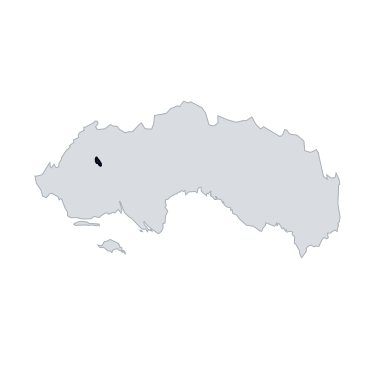 Skara, Västra Götaland, Sweden shown in context, rotated 68°
{"feature_id": "70781695B33450377436150", "entity_name": "Skara", "entity_type": "district", "adm_level": 2, "iso_a3": "SWE", "parent_name": "Sweden", "parent_adm1": "Västra Götaland", "projection": "natural_earth1", "projection_center": [13.513, 58.397], "detail": "fine", "context": "in_parent", "style": "filled", "palette": "ink", "viewbox_px": 384, "rotation_deg": 68, "n_neighbors": 0, "source": "geoboundaries", "source_scale": "gbopen_adm2", "svg_char_len": 4342}
<svg xmlns="http://www.w3.org/2000/svg" viewBox="0 0 384 384"><g transform="rotate(68 192 192)"><path d="M94.0,254.2L95.3,256.9L98.2,256.6L99.3,254.6L100.8,248.9L98.9,242.5L101.4,240.3L103.1,236.8L106.9,235.8L112.1,231.7L112.6,227.6L113.8,224.5L109.5,215.3L109.1,213.0L115.8,211.8L118.6,205.8L114.1,201.8L107.0,198.1L109.5,186.5L106.5,180.2L106.9,177.5L106.5,173.4L108.2,171.8L104.8,165.8L108.2,161.7L107.7,159.6L117.5,151.3L123.9,149.8L135.9,151.1L138.7,147.8L138.8,146.1L137.7,141.9L131.0,139.5L138.2,132.2L143.9,125.0L144.9,118.1L146.2,115.1L144.8,108.4L152.4,107.6L159.3,104.9L158.3,101.2L173.2,90.0L173.6,88.0L172.4,86.0L168.8,82.6L169.8,81.0L173.8,80.1L175.7,78.6L178.6,73.3L186.8,69.2L195.9,72.0L199.7,67.3L199.3,60.9L202.5,60.2L226.8,64.3L230.8,61.9L226.6,60.6L230.6,58.1L231.7,56.5L232.1,54.6L231.9,53.6L228.4,51.3L236.0,51.0L240.2,52.1L240.6,53.5L257.4,61.1L270.5,64.1L274.4,66.2L275.8,68.6L277.9,68.7L280.4,70.9L283.0,72.2L281.0,73.7L281.3,77.3L282.0,78.9L280.9,81.9L285.2,82.7L286.0,84.5L283.8,86.4L284.2,88.5L290.0,94.8L288.7,96.9L288.4,99.5L286.0,101.4L285.7,103.4L286.3,105.9L287.2,107.2L289.6,108.0L294.0,114.9L289.9,115.3L286.7,114.4L279.5,115.3L277.7,116.3L272.0,113.6L268.9,115.1L266.7,113.7L265.0,116.0L264.7,119.1L262.1,118.8L263.1,120.0L259.6,120.4L259.3,120.8L260.1,121.6L259.1,122.5L254.2,122.9L253.6,123.9L255.0,125.1L255.0,125.8L251.9,124.7L254.1,126.9L254.6,128.5L248.1,135.0L250.4,136.6L252.4,140.3L254.5,141.9L253.7,143.6L246.9,147.7L243.1,154.0L234.5,158.2L230.0,159.3L227.1,162.3L223.5,161.4L223.5,163.1L221.2,162.0L219.5,164.7L216.3,166.9L212.9,166.5L212.5,166.9L213.6,167.5L209.6,168.1L208.5,170.5L205.5,171.1L205.1,171.8L208.1,172.0L207.5,173.9L204.1,174.9L202.9,176.1L201.4,176.1L201.7,175.1L199.4,175.2L198.7,174.1L198.2,174.4L199.8,177.5L198.7,178.8L200.9,180.0L194.8,183.1L191.0,181.9L190.5,182.8L191.3,185.4L194.7,187.5L192.7,188.9L190.7,195.1L192.2,198.9L187.9,198.0L188.3,199.5L186.9,201.1L187.5,203.6L187.1,205.1L188.2,206.6L187.6,207.3L188.4,214.1L189.7,217.0L189.3,219.3L191.1,220.6L194.8,220.8L196.0,222.8L200.7,221.6L204.2,225.4L210.7,228.7L210.4,230.8L214.5,232.3L217.0,235.2L218.0,237.6L217.7,239.1L211.4,243.1L206.6,245.8L201.5,247.4L201.8,248.1L204.3,248.3L210.4,246.4L212.2,248.1L208.9,248.9L208.3,251.2L206.9,252.7L193.5,258.0L191.7,259.6L185.7,262.3L174.8,262.1L173.2,262.7L182.6,263.8L184.9,265.7L180.5,267.0L182.5,271.6L181.3,272.8L181.4,277.9L179.7,278.0L179.1,280.2L180.0,285.4L180.8,286.8L180.5,288.3L178.0,291.8L178.9,296.0L176.0,303.7L172.8,308.2L170.3,314.2L167.5,316.3L164.1,314.9L159.1,315.7L150.0,315.5L148.9,316.1L149.6,318.2L146.3,317.9L140.6,322.5L140.4,324.8L142.7,329.1L139.9,332.0L133.7,331.3L125.6,333.0L118.3,331.6L119.2,330.1L119.8,324.4L111.4,312.7L115.3,313.9L116.9,313.3L114.5,309.5L117.9,309.2L118.9,307.9L118.3,305.7L115.6,304.7L113.2,301.3L110.7,299.5L106.2,292.6L104.6,287.9L103.1,288.4L101.8,283.0L99.4,282.2L98.9,276.7L96.4,276.1L94.8,273.7L94.5,269.0L91.5,268.3L91.9,266.1L91.0,257.8L90.0,255.2L90.9,253.3L92.5,253.2L94.0,254.2ZM220.7,279.7L219.4,280.2L218.6,281.7L216.5,282.4L216.2,287.2L218.2,289.0L216.2,289.8L214.9,292.3L211.2,294.0L209.8,295.6L209.1,298.0L205.9,299.2L208.1,295.7L205.0,291.7L205.7,290.2L205.4,285.6L211.8,279.8L214.9,279.1L216.3,279.7L216.8,278.3L217.8,278.0L220.7,279.7ZM179.2,312.7L177.6,313.7L177.1,312.3L177.2,306.7L180.7,300.1L182.3,299.6L186.6,290.7L187.1,290.1L188.6,290.7L187.5,291.5L187.6,293.0L184.8,297.8L184.1,300.9L183.2,301.7L179.2,312.7ZM222.0,277.8L221.7,279.1L220.1,278.1L221.6,276.6L224.9,277.0L222.0,277.8ZM213.4,243.7L211.4,245.8L211.0,244.9L211.4,243.9L213.4,243.7ZM209.1,254.4L208.0,254.5L208.8,253.1L210.2,252.8L209.1,254.4Z" fill="#d9dde1" stroke="#a8b0b8" stroke-width="1"/><path d="M133.5,267.3L133.5,267.0L133.6,266.6L133.3,266.2L132.9,266.1L132.5,266.0L132.2,265.9L131.7,265.7L131.4,265.6L131.2,265.7L130.7,265.8L130.2,265.9L129.7,266.0L128.6,266.1L128.1,266.3L127.7,266.5L127.3,266.5L126.8,266.5L126.5,266.8L126.3,267.1L125.5,267.1L124.8,267.1L124.2,267.3L124.0,267.5L124.0,267.9L124.2,268.3L124.6,268.4L124.9,268.6L125.0,268.9L125.2,269.1L125.5,269.2L126.0,269.4L126.5,269.5L127.4,269.9L127.8,269.8L128.6,269.8L129.3,269.8L129.9,269.2L130.0,268.9L130.2,268.6L130.5,268.4L131.0,268.2L131.9,268.0L132.4,268.0L132.7,267.9L133.1,267.4L133.5,267.3Z" fill="#0f172a" stroke="#020617" stroke-width="1.5"/></g></svg>